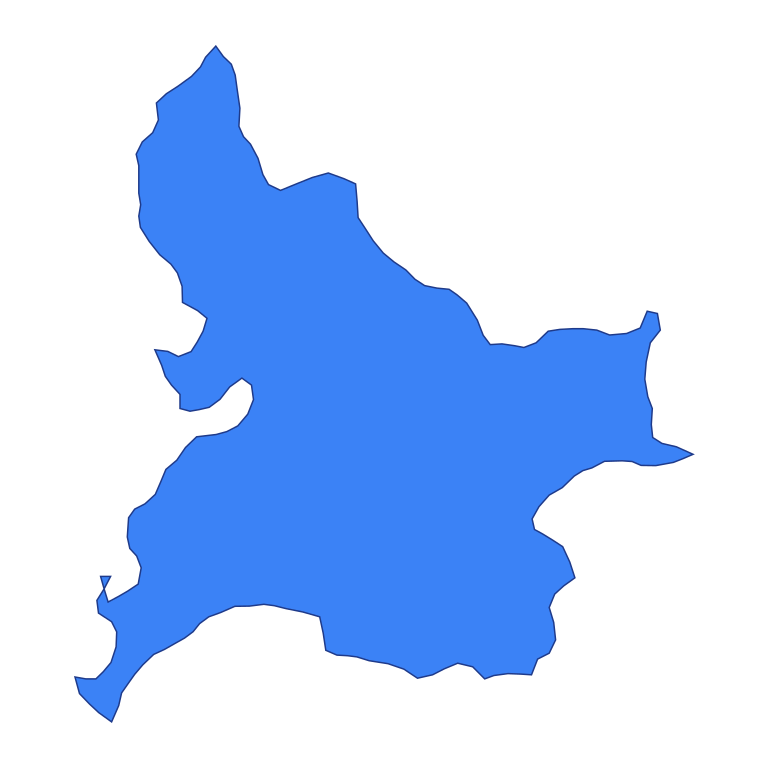 Cordislândia, Minas Gerais, Brazil (Robinson projection)
{"feature_id": "56859067B95585919625672", "entity_name": "Cordislândia", "entity_type": "district", "adm_level": 2, "iso_a3": "BRA", "parent_name": "Brazil", "parent_adm1": "Minas Gerais", "projection": "robinson", "projection_center": [-45.671, -21.77], "detail": "fine", "context": "isolated", "style": "filled", "palette": "blue", "viewbox_px": 768, "rotation_deg": 0, "n_neighbors": 0, "source": "geoboundaries", "source_scale": "gbopen_adm2", "svg_char_len": 2611}
<svg xmlns="http://www.w3.org/2000/svg" viewBox="0 0 768 768"><path d="M104.1,588.9L96.9,600.4L98.5,613.1L111.6,621.7L116.7,631.9L116.1,646.9L111.0,662.5L103.2,671.8L95.9,678.9L85.9,678.9L75.0,677.0L79.5,693.6L89.5,704.0L98.7,712.6L111.6,721.9L118.7,705.6L121.6,692.9L128.6,682.9L134.7,674.3L142.8,664.8L153.7,654.4L164.5,649.4L174.9,643.5L184.5,638.1L193.1,631.7L199.6,623.6L208.8,616.8L220.7,612.5L234.9,606.3L249.4,606.1L263.9,604.3L274.4,605.7L286.0,608.6L302.9,612.0L319.7,616.8L323.2,633.1L325.8,650.3L336.9,655.1L347.5,655.7L356.9,656.9L369.1,660.7L388.1,663.7L403.8,669.1L417.5,678.2L432.6,674.8L444.1,668.9L457.7,663.2L472.7,666.8L484.7,678.9L493.9,675.5L508.0,673.6L521.0,674.1L531.5,674.8L537.6,659.1L549.2,653.2L555.6,639.9L553.7,622.4L549.2,607.5L554.7,594.1L563.7,585.9L574.9,577.8L569.8,562.1L562.7,546.7L553.1,540.4L542.7,534.0L534.5,529.5L532.1,518.9L539.0,506.6L549.2,495.1L562.3,487.6L574.3,476.0L582.9,470.6L591.9,467.9L604.5,461.3L622.1,460.8L632.1,461.5L641.1,465.4L655.8,465.6L673.4,462.4L683.1,458.6L693.0,454.3L676.4,446.8L661.9,443.4L652.7,437.5L651.3,424.6L652.3,408.5L647.8,396.7L644.8,379.2L646.2,362.0L650.3,342.8L660.3,330.1L657.4,313.5L647.2,311.2L640.2,328.0L626.6,333.5L609.6,335.0L596.8,330.1L583.3,328.7L572.7,328.7L559.8,329.4L548.2,331.2L536.1,342.8L523.9,347.5L514.5,345.7L502.0,343.9L490.2,344.6L483.2,335.3L477.3,320.1L466.7,303.1L457.1,294.9L449.1,289.3L436.9,288.1L424.6,285.6L415.0,279.3L405.9,270.0L393.8,261.8L383.2,253.0L373.2,240.8L365.0,228.1L358.1,217.6L357.1,201.3L355.6,183.9L344.0,178.7L328.3,173.0L312.3,177.5L298.1,183.2L280.5,190.4L268.5,184.6L262.9,174.6L258.0,158.3L250.5,144.2L243.5,136.7L238.9,126.3L239.9,108.2L237.2,89.6L235.2,75.1L231.3,64.2L223.3,56.5L215.8,46.1L205.6,57.2L200.5,66.9L191.5,76.4L178.0,86.2L166.4,93.7L156.4,103.0L158.4,120.0L152.7,132.7L142.3,141.9L136.2,154.2L138.8,165.7L138.8,180.5L138.8,193.2L140.7,204.7L138.8,216.1L140.4,227.4L149.2,241.4L159.8,254.8L170.9,264.1L177.4,272.9L182.1,286.3L182.5,302.4L197.6,310.6L207.0,318.3L203.1,331.2L197.2,342.1L191.1,351.6L178.4,356.6L167.8,351.4L154.9,349.8L161.7,365.4L165.3,376.3L171.5,385.1L180.0,394.4L180.0,408.5L190.0,411.2L199.2,409.6L209.2,407.3L220.1,399.2L229.7,386.9L241.9,378.1L251.5,385.1L253.5,399.6L247.8,414.1L237.8,425.9L226.8,431.6L216.2,434.5L196.6,436.8L185.5,447.5L176.8,460.2L165.9,469.4L160.8,481.7L155.3,494.4L144.9,503.9L134.7,509.1L128.6,517.7L127.3,537.0L129.8,548.5L136.7,556.0L141.2,567.8L138.2,584.1L127.7,591.1L118.6,596.4L108.1,602.0L104.1,588.9ZM104.1,588.9L110.6,576.4L100.6,576.4L104.1,588.9Z" fill="#3b82f6" stroke="#1e3a8a" stroke-width="1.5"/></svg>